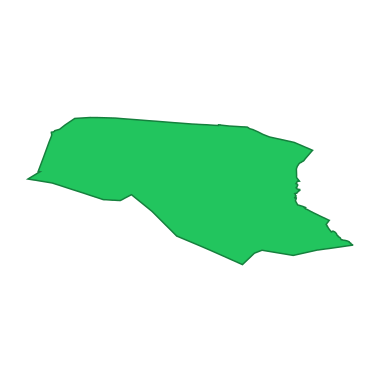 the district of Haaksbergen, Overijssel, Netherlands, rotated 184°
{"feature_id": "6326949B27790410949004", "entity_name": "Haaksbergen", "entity_type": "district", "adm_level": 2, "iso_a3": "NLD", "parent_name": "Netherlands", "parent_adm1": "Overijssel", "projection": "equal_earth", "projection_center": [6.729, 52.162], "detail": "fine", "context": "isolated", "style": "filled", "palette": "green", "viewbox_px": 384, "rotation_deg": 184, "n_neighbors": 0, "source": "geoboundaries", "source_scale": "gbopen_adm2", "svg_char_len": 4758}
<svg xmlns="http://www.w3.org/2000/svg" viewBox="0 0 384 384"><g transform="rotate(184 192 192)"><path d="M204.1,146.9L203.6,146.8L196.0,144.2L184.2,140.2L178.4,138.2L169.3,135.0L158.8,131.2L147.9,127.2L136.6,123.1L125.5,135.3L118.1,138.8L86.6,135.8L68.1,141.3L65.1,142.2L64.1,142.5L63.1,142.8L62.6,142.9L61.9,143.0L55.4,144.4L50.7,145.3L49.9,145.5L39.6,147.7L37.3,148.2L33.7,149.0L28.4,150.1L27.5,150.3L27.4,150.3L27.6,150.3L28.6,150.7L28.9,150.9L29.1,151.0L29.3,151.1L29.6,151.3L29.9,151.6L30.1,151.7L30.1,151.8L30.1,152.0L30.9,152.4L31.3,152.6L31.6,152.8L31.6,153.2L31.9,153.3L32.0,153.4L32.5,153.6L33.0,153.8L34.1,154.1L34.8,154.2L35.1,154.3L36.0,154.4L37.3,154.5L37.7,154.5L37.9,154.5L38.1,154.5L38.7,154.8L38.8,154.8L39.6,154.8L40.0,154.9L40.1,155.1L40.2,155.4L40.3,155.6L40.5,155.9L40.6,156.1L40.7,156.3L40.9,156.5L41.1,156.7L41.2,156.8L41.5,157.0L41.8,157.2L42.1,157.3L42.4,157.4L42.5,157.4L42.7,157.5L43.0,157.7L43.0,157.8L43.2,158.0L43.3,158.2L43.4,158.5L43.5,158.5L44.2,159.0L44.4,159.2L44.4,159.3L44.6,159.5L44.7,159.9L44.8,160.1L44.9,160.3L45.0,160.4L45.7,161.2L45.8,161.3L46.1,161.6L46.4,161.8L46.7,162.0L47.0,162.2L47.5,162.4L47.8,162.5L48.0,162.6L48.4,162.7L48.6,162.8L48.7,162.7L48.9,162.7L49.1,162.5L49.3,162.5L49.4,162.4L49.5,162.4L49.6,162.2L49.9,162.1L50.1,162.1L50.3,161.9L50.7,162.4L52.6,164.5L53.8,166.0L54.9,167.4L54.7,167.5L54.9,167.7L55.2,168.2L55.3,168.3L55.4,168.5L55.7,168.8L55.9,169.0L55.1,170.3L54.5,171.1L53.3,173.0L53.1,173.3L53.5,173.4L54.0,173.6L54.7,173.9L55.4,174.2L55.7,174.3L56.7,174.7L58.1,175.3L58.8,175.5L63.4,177.3L65.0,178.0L65.8,178.3L69.6,179.8L70.6,180.3L71.7,180.7L75.0,182.2L76.9,183.0L77.3,183.0L77.5,183.1L77.7,183.3L78.2,183.8L78.5,184.0L78.3,184.1L77.8,184.5L80.0,185.2L80.2,185.3L80.3,185.3L81.1,185.5L82.0,185.7L82.8,185.9L83.1,186.0L83.5,186.0L84.1,186.2L85.7,186.5L88.2,190.4L88.1,190.9L88.0,191.3L87.9,191.5L87.8,192.0L87.6,192.8L87.6,193.0L87.5,193.3L87.7,193.5L87.8,193.5L88.0,193.5L88.0,193.4L88.1,193.1L88.3,193.1L88.7,193.2L88.8,193.2L88.8,193.3L89.0,193.3L89.1,193.5L88.8,193.6L88.7,193.9L88.5,194.1L88.5,194.4L88.5,194.5L88.3,194.7L88.1,194.9L88.0,195.0L87.9,195.2L87.9,195.3L88.0,195.3L88.4,195.5L88.5,195.6L88.6,195.9L88.8,197.0L89.0,197.3L89.2,197.5L89.3,197.6L87.4,198.1L87.4,198.3L87.5,198.3L87.4,198.4L87.2,198.6L86.6,199.3L86.4,199.5L86.1,199.8L86.0,200.0L85.7,200.5L85.6,200.8L85.7,201.2L85.5,201.3L85.4,201.4L85.1,201.3L84.9,201.2L84.7,201.0L84.5,201.3L84.7,201.7L84.7,201.8L84.8,201.9L84.8,202.0L85.0,202.0L85.6,202.1L85.8,202.1L86.0,202.1L86.4,202.2L86.8,202.2L87.0,202.2L87.2,202.3L88.3,203.3L87.9,203.6L87.8,203.8L88.1,204.1L87.9,204.3L87.7,204.5L87.0,206.3L87.5,206.5L87.7,207.2L87.8,207.3L88.0,207.4L88.2,207.6L88.4,207.6L88.6,207.7L88.8,207.7L88.3,208.6L87.9,209.4L87.5,210.1L87.4,210.2L86.8,210.2L86.7,210.3L86.4,210.1L85.6,210.3L86.7,211.5L86.8,211.6L88.5,213.5L88.7,214.0L88.8,214.7L88.8,215.7L89.4,221.6L89.5,222.3L88.8,224.8L88.3,225.8L88.1,226.2L87.8,226.5L87.6,226.9L87.6,227.0L87.3,227.7L86.9,228.0L86.3,228.6L86.1,228.7L85.8,228.9L85.3,229.1L84.9,229.4L84.6,229.6L84.2,230.0L83.8,230.3L83.6,230.4L83.5,230.5L83.3,230.5L82.9,230.9L82.7,231.0L82.5,231.3L82.3,231.6L82.2,231.8L82.0,232.0L81.4,233.0L75.8,240.5L75.2,241.3L74.9,241.6L74.6,242.0L93.5,248.6L118.5,252.3L125.2,254.4L130.6,256.7L131.5,257.0L134.8,258.2L135.2,258.3L135.5,258.5L136.6,258.7L137.5,258.9L138.6,259.1L139.8,259.7L140.2,260.0L141.4,260.6L143.0,260.6L143.6,260.6L144.2,260.6L146.6,260.5L149.9,260.5L151.6,260.5L159.3,260.4L166.9,260.7L167.0,260.7L168.1,260.7L168.2,260.9L169.7,260.9L170.2,260.9L170.2,260.2L174.2,260.1L174.9,260.1L178.3,260.1L182.0,260.1L185.2,260.0L190.1,259.9L192.1,259.9L196.4,259.8L209.9,259.9L211.4,259.9L214.2,259.9L232.9,260.1L240.6,260.1L250.2,260.2L266.6,260.3L273.5,260.4L290.6,259.7L298.9,259.2L314.1,257.2L323.3,250.0L328.5,245.3L333.2,243.6L333.3,243.1L334.0,242.7L334.5,242.3L334.6,242.2L335.4,242.1L336.4,241.9L336.4,241.7L336.5,241.5L336.5,241.2L336.4,241.0L336.3,240.9L336.2,240.5L336.2,240.3L336.1,239.9L335.9,239.7L335.9,239.2L336.2,237.6L337.9,232.3L339.3,227.5L342.5,216.4L345.4,206.7L346.9,201.7L345.0,201.6L346.2,200.8L346.8,200.4L347.2,200.1L347.3,200.1L348.8,199.0L353.2,195.9L354.8,194.8L355.6,194.2L356.2,193.8L356.6,193.5L350.3,192.9L349.3,192.9L344.5,192.4L338.0,191.8L331.9,191.2L330.0,190.7L329.1,190.5L328.4,190.3L325.8,189.7L315.5,187.1L311.9,186.2L299.6,183.2L292.7,181.4L291.4,181.1L290.3,180.8L289.6,180.7L289.1,180.5L288.4,180.3L288.2,180.3L284.2,179.3L280.0,178.2L279.1,178.2L277.2,178.3L273.9,178.3L270.4,178.3L268.8,178.4L265.6,178.4L262.9,178.5L260.7,179.8L258.9,181.0L252.2,185.1L230.8,170.1L229.6,169.1L226.6,166.5L215.7,157.0L215.2,156.6L209.2,151.4L209.0,151.2L204.1,146.9Z" fill="#22c55e" stroke="#15803d" stroke-width="1.5"/></g></svg>